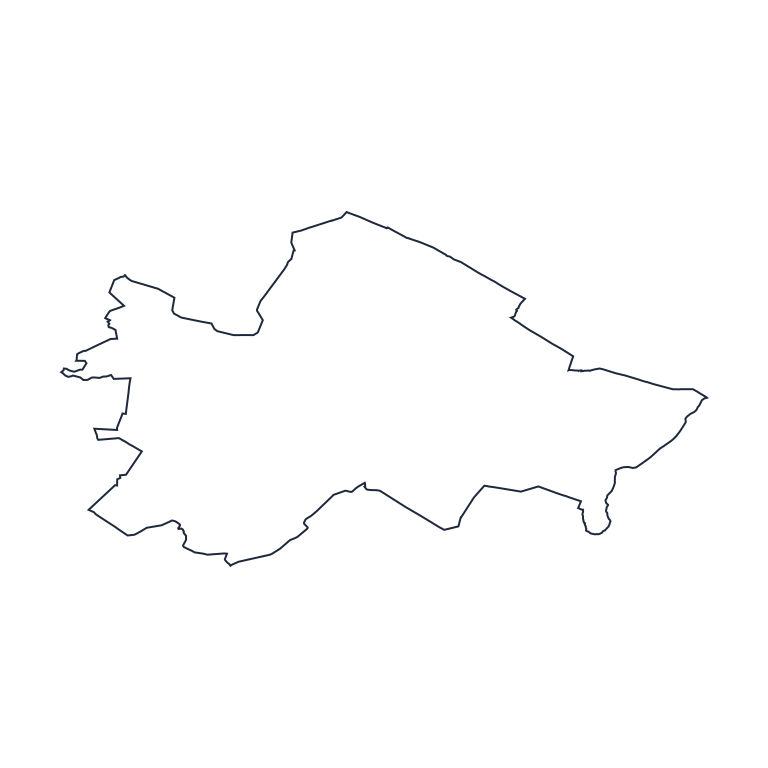 Jaungulbenes pag., Gulbene, Latvia, rotated 353°
{"feature_id": "27541924B98196696268447", "entity_name": "Jaungulbenes pag.", "entity_type": "district", "adm_level": 2, "iso_a3": "LVA", "parent_name": "Latvia", "parent_adm1": "Gulbene", "projection": "robinson", "projection_center": [26.577, 57.088], "detail": "fine", "context": "isolated", "style": "outline", "palette": "slate", "viewbox_px": 768, "rotation_deg": 353, "n_neighbors": 0, "source": "geoboundaries", "source_scale": "gbopen_adm2", "svg_char_len": 6073}
<svg xmlns="http://www.w3.org/2000/svg" viewBox="0 0 768 768"><g transform="rotate(353 384 384)"><path d="M211.5,544.7L218.0,542.7L250.1,539.5L250.8,539.3L251.8,539.0L258.3,536.0L259.0,535.7L260.9,534.7L271.2,527.8L272.0,527.4L277.3,526.0L279.5,525.2L290.1,518.3L290.6,517.8L290.8,517.3L290.7,517.0L287.9,513.3L287.6,512.5L288.0,511.3L289.7,508.8L291.0,508.1L295.6,506.0L301.6,502.1L319.7,488.5L320.1,488.0L320.7,487.8L332.6,485.2L333.1,485.3L337.0,486.8L337.6,486.9L338.1,486.9L338.5,487.1L339.4,486.9L343.2,484.2L345.4,482.9L352.9,479.7L353.0,480.3L352.9,483.1L352.8,483.3L352.1,483.6L354.0,486.6L358.0,487.7L363.5,488.4L367.0,489.5L390.4,508.7L403.8,518.9L421.5,532.9L426.0,536.1L440.5,534.4L443.9,525.8L444.2,525.9L459.5,507.5L471.2,497.2L473.3,497.7L475.2,498.4L481.6,500.1L506.8,507.5L524.7,504.5L541.4,513.0L549.2,516.8L550.1,517.0L554.3,519.2L560.8,522.3L565.2,524.4L561.6,530.8L565.0,532.8L566.2,533.0L566.3,533.4L565.8,535.7L565.2,536.8L565.1,537.9L565.4,539.5L565.3,540.8L565.0,541.9L565.3,543.0L565.4,543.9L565.2,544.7L565.5,545.0L565.7,545.8L565.7,546.1L566.3,546.5L566.2,546.7L566.3,547.1L566.5,547.2L566.4,547.6L566.2,547.6L566.2,547.8L566.5,549.1L566.9,550.0L566.8,550.7L566.9,551.7L567.1,552.6L566.8,553.5L566.7,554.1L566.9,554.3L567.2,554.6L568.5,555.3L569.1,555.7L570.8,557.3L571.2,557.6L571.9,557.9L574.7,558.8L575.3,558.9L575.9,559.0L576.4,558.9L578.6,559.2L580.3,558.9L582.2,558.2L583.2,557.0L584.5,556.4L585.4,556.3L587.2,554.7L589.4,552.9L590.8,550.7L591.1,549.5L592.1,547.8L591.8,546.7L590.6,545.1L589.9,542.6L589.7,541.4L589.9,540.0L589.7,539.0L589.0,537.8L588.9,537.0L589.9,533.9L591.7,531.3L591.6,531.1L590.0,529.2L589.7,527.2L589.7,526.3L591.3,524.3L591.4,524.0L592.1,521.8L596.9,518.0L598.8,515.1L600.5,511.7L601.2,510.0L601.2,508.4L601.6,506.4L601.8,504.7L602.0,503.9L603.2,501.4L603.4,500.5L603.2,499.5L603.2,498.7L603.4,497.7L609.8,496.0L611.9,495.8L616.3,496.1L620.5,497.6L621.1,497.6L623.8,497.6L624.2,497.5L636.2,491.1L639.8,489.0L650.2,481.6L654.7,479.4L662.2,475.4L664.9,473.6L667.8,471.3L670.0,469.1L672.6,466.3L675.1,463.3L678.6,459.0L678.9,458.3L678.9,456.1L678.9,455.4L679.9,454.1L681.2,453.0L684.7,450.9L685.8,450.5L687.2,450.1L688.3,449.7L690.1,448.5L690.9,447.9L692.8,445.0L694.6,443.5L695.3,442.1L696.4,440.8L697.0,439.6L697.7,438.8L699.2,437.9L700.0,437.5L700.8,437.3L702.9,437.0L702.5,436.5L694.9,430.6L694.8,430.4L690.0,426.8L678.4,425.4L675.3,425.2L675.2,425.1L672.2,424.7L670.0,424.4L669.5,424.2L651.1,416.8L646.2,414.5L641.8,412.8L637.0,410.5L623.4,404.5L622.6,404.3L615.4,401.6L603.0,396.0L599.9,394.9L594.5,395.2L590.6,395.8L589.9,396.0L589.0,395.6L584.5,395.3L581.6,395.4L581.9,394.7L581.3,394.5L580.5,394.4L579.4,394.5L578.8,394.8L578.1,394.3L574.8,393.8L573.5,393.4L571.0,392.9L569.9,392.7L568.8,392.9L571.1,387.9L574.5,380.9L575.1,379.5L572.6,377.5L564.7,371.0L555.8,364.5L546.4,356.9L540.9,352.7L534.9,348.2L527.9,342.2L525.5,339.9L522.5,337.5L522.2,337.3L518.2,333.6L520.6,333.2L521.8,332.6L522.4,331.7L523.6,329.0L524.9,327.6L524.3,326.9L524.2,326.6L524.7,326.1L525.3,325.7L526.7,325.0L527.2,323.7L529.3,320.8L534.3,316.6L521.4,307.5L514.2,302.2L509.4,298.5L506.6,296.1L503.5,294.0L496.6,288.9L493.5,286.8L490.1,284.2L475.3,272.4L468.5,268.8L465.0,265.6L462.4,264.7L461.8,264.3L461.1,263.2L459.9,262.4L449.7,254.7L437.2,247.7L426.5,242.6L426.5,242.4L424.4,241.8L423.4,241.1L422.3,240.2L413.1,233.7L407.2,229.4L406.6,229.0L406.2,229.2L406.3,229.5L405.7,229.8L403.4,228.4L398.9,226.0L392.0,222.2L380.4,215.3L367.7,208.8L366.9,209.6L362.1,213.6L352.0,215.6L351.9,215.4L331.1,219.4L329.5,219.6L320.6,221.6L311.7,222.6L309.2,232.4L311.6,240.5L310.5,240.6L307.2,248.8L305.8,249.6L303.9,251.0L303.4,251.6L303.0,252.4L302.3,253.9L298.8,258.2L275.2,283.0L271.9,286.2L271.3,287.0L267.0,294.7L266.9,295.2L266.9,295.8L267.2,296.5L267.9,297.9L271.5,305.9L265.0,317.5L260.3,319.6L253.9,318.7L240.8,317.2L225.1,311.3L222.4,308.8L220.1,302.9L209.8,299.7L191.0,293.4L184.1,288.5L182.8,285.0L186.5,272.8L174.2,264.0L171.5,262.0L145.9,250.9L143.6,248.9L141.6,246.8L140.4,244.5L140.1,244.4L139.8,244.7L139.1,245.2L138.7,245.6L135.4,245.7L134.0,246.4L128.9,248.0L122.6,259.6L124.3,261.7L135.5,274.7L131.1,275.9L124.5,277.3L120.7,278.2L117.4,282.0L115.3,284.6L116.2,285.3L117.5,285.9L119.8,287.3L119.4,287.6L117.3,288.4L118.7,290.9L117.5,292.1L117.8,294.1L120.3,295.0L122.7,296.6L124.2,297.8L124.1,298.9L124.7,306.5L118.1,306.0L102.3,311.2L92.1,314.7L89.7,314.6L84.3,316.4L83.0,317.1L82.8,318.4L82.2,320.5L81.9,322.6L81.8,323.0L81.4,323.4L89.9,324.6L91.2,327.2L88.8,330.1L86.5,333.0L84.1,332.7L78.1,334.1L73.5,332.3L70.7,330.2L68.2,329.6L67.6,331.2L66.8,331.9L65.1,332.9L66.6,334.2L68.6,336.7L71.4,338.4L74.5,338.2L76.3,337.7L83.4,340.5L86.1,343.4L90.4,343.8L94.7,342.0L96.6,342.1L102.6,343.3L106.1,342.4L109.7,342.7L114.2,341.8L116.4,346.0L122.2,346.5L133.1,347.4L132.0,350.7L130.8,355.2L129.2,362.1L125.3,377.3L124.1,382.2L120.8,381.4L119.9,383.4L113.6,395.0L113.5,397.1L91.1,393.1L92.2,397.9L92.7,399.2L92.8,402.8L93.5,404.6L112.0,405.3L114.3,405.4L121.7,410.9L123.7,412.7L126.9,414.9L135.4,421.4L116.9,442.6L112.4,442.5L110.8,442.5L110.8,445.1L107.6,446.1L106.7,452.2L104.7,451.7L95.1,458.7L90.5,462.0L78.4,470.8L75.5,472.9L80.5,475.9L82.0,478.1L83.6,479.5L92.1,486.7L99.2,492.6L103.2,496.3L109.8,502.0L111.1,503.1L117.7,503.2L120.5,502.3L125.1,500.4L130.9,497.8L146.2,497.1L146.7,496.9L153.5,494.8L157.0,493.6L160.2,494.9L162.9,497.2L163.8,498.0L164.0,498.4L164.4,498.9L164.3,499.3L164.2,499.4L163.9,499.9L163.7,500.1L163.7,500.4L163.5,500.8L163.1,501.1L162.4,501.7L162.2,502.1L162.2,502.6L162.8,502.9L163.2,502.9L165.1,502.8L165.5,503.0L166.4,503.7L166.8,504.3L166.8,504.9L167.1,505.4L167.1,505.7L167.3,505.9L167.3,506.7L167.1,507.1L167.0,507.3L169.1,510.8L168.8,512.0L168.6,514.5L165.0,519.6L164.9,520.4L165.0,520.7L165.4,521.3L168.5,523.4L171.2,525.1L171.5,525.2L175.7,528.1L183.7,530.3L188.0,531.9L204.5,532.7L205.1,532.8L207.5,533.3L204.8,538.3L204.7,538.5L204.8,539.0L205.0,539.7L205.5,540.5L207.2,542.7L208.7,544.1L209.1,545.1L209.4,545.7L210.2,545.2L211.5,544.7Z" fill="none" stroke="#1e293b" stroke-width="2"/></g></svg>